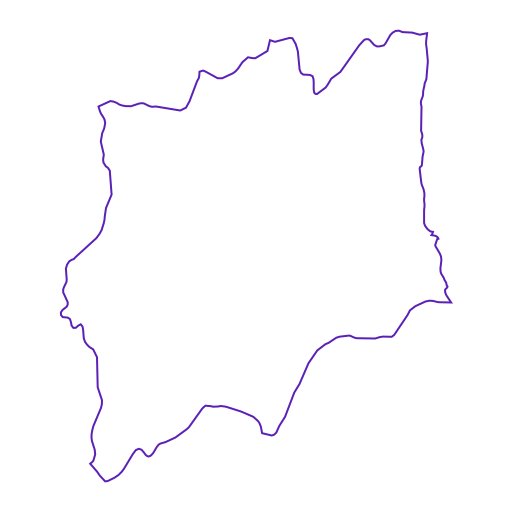 the border of Huíla
{"feature_id": "AGO-1891", "entity_name": "Huíla", "entity_type": "Province", "adm_level": 1, "iso_a3": "AGO", "parent_name": "Angola", "parent_adm1": "", "projection": "equal_earth", "projection_center": [15.141, -14.853], "detail": "fine", "context": "isolated", "style": "outline", "palette": "violet", "viewbox_px": 512, "rotation_deg": 0, "n_neighbors": 0, "source": "natural_earth", "source_scale": "10m", "svg_char_len": 3756}
<svg xmlns="http://www.w3.org/2000/svg" viewBox="0 0 512 512"><path d="M427.1,33.2L426.1,41.5L426.1,44.5L426.6,47.8L427.8,60.6L427.8,62.1L426.4,78.8L426.2,79.6L424.8,83.1L424.6,83.9L424.3,86.3L423.9,87.7L423.1,91.8L423.1,94.4L422.8,95.9L422.6,96.8L421.6,99.2L421.1,100.9L420.9,102.1L420.9,103.2L421.0,104.1L421.3,105.7L421.5,106.4L421.1,130.8L422.2,134.2L422.3,135.3L422.3,137.1L422.1,138.1L421.4,139.6L421.5,141.1L421.7,143.1L423.3,149.5L423.6,151.2L423.4,152.8L422.6,156.4L421.9,165.0L421.7,165.6L421.5,166.0L421.2,166.3L420.7,166.6L420.2,166.9L419.9,167.5L419.7,168.4L419.7,169.3L421.3,182.7L421.8,184.8L423.6,189.4L424.4,193.2L424.4,195.3L424.4,196.6L424.2,197.6L424.1,198.9L424.1,200.7L424.5,204.1L424.5,206.7L424.3,208.0L424.1,210.2L424.1,222.7L424.1,223.0L424.5,224.3L425.2,226.0L427.5,229.1L430.2,231.3L433.0,231.9L432.1,234.3L431.5,235.1L435.0,235.7L436.0,236.1L437.1,236.8L438.1,237.8L438.4,238.8L437.2,239.1L436.0,242.8L435.6,243.8L435.2,245.1L435.6,246.4L439.8,253.5L441.0,256.5L441.4,260.1L440.4,268.4L440.6,271.8L441.3,273.9L443.8,277.9L444.3,279.5L444.7,280.2L445.4,281.4L446.2,282.8L446.7,285.5L447.0,285.9L447.3,286.1L447.5,286.6L447.1,287.6L445.4,289.3L445.0,290.2L445.3,292.7L446.3,295.2L451.1,302.5L438.3,302.2L432.9,300.9L429.5,300.7L425.5,301.5L415.5,306.1L410.0,310.3L407.5,315.1L394.2,334.9L391.7,336.8L383.2,336.6L379.7,337.1L375.2,338.5L356.3,338.2L353.8,337.4L350.1,335.7L348.7,335.6L339.5,336.7L336.3,337.7L328.5,342.9L325.4,344.2L317.3,350.4L308.5,363.2L299.5,384.0L294.3,392.5L285.1,416.7L279.3,425.9L276.3,432.6L274.1,434.7L271.8,435.5L262.1,433.2L260.9,426.8L259.6,423.4L258.1,421.1L253.3,416.8L241.0,411.5L225.9,406.7L220.8,406.0L218.1,406.5L213.0,406.7L210.4,406.1L205.5,405.7L203.4,407.4L202.0,408.9L189.0,427.1L186.9,429.1L175.4,437.5L165.5,442.1L160.3,443.6L158.6,444.7L156.7,447.1L153.1,453.2L150.8,455.6L148.7,456.5L147.2,456.1L145.5,454.7L143.7,452.2L141.5,449.7L138.8,448.8L135.8,450.1L132.7,454.3L124.0,468.7L121.6,471.9L118.5,475.0L114.3,477.8L107.6,481.1L105.1,481.3L99.8,475.6L97.2,471.8L90.2,463.7L92.3,462.0L92.7,461.5L93.4,460.6L95.2,454.4L94.7,449.7L91.9,440.8L91.5,437.5L91.6,434.1L92.4,429.7L93.4,426.0L101.0,407.9L101.9,404.1L102.0,400.2L97.7,387.3L97.0,357.2L93.2,349.4L89.4,347.0L87.1,344.7L85.1,342.0L83.8,338.4L83.1,329.5L82.5,326.5L80.7,324.3L78.3,325.6L75.8,327.8L73.4,327.9L71.6,325.6L71.0,322.3L69.9,319.0L67.7,317.6L62.7,317.1L61.0,315.0L60.9,312.4L62.6,309.9L66.7,306.7L67.7,304.6L67.7,302.2L63.2,292.4L63.2,289.4L63.9,287.3L66.5,281.9L66.7,279.4L65.9,268.6L67.1,264.6L69.2,261.4L71.7,259.8L73.7,259.1L76.0,256.7L96.4,238.1L99.5,233.9L101.6,230.1L103.8,223.1L104.5,219.7L104.8,216.2L106.0,208.0L111.6,194.6L109.8,170.7L107.9,167.8L105.8,166.3L103.5,162.6L103.1,159.7L103.8,154.6L100.8,141.6L102.2,133.2L104.0,128.9L104.5,126.9L105.2,122.9L104.5,119.5L102.9,116.5L101.1,113.9L100.0,111.4L98.5,106.5L110.3,101.1L113.1,101.5L116.6,102.8L119.2,104.5L122.2,105.5L125.7,106.1L131.0,106.2L139.3,103.5L142.0,103.2L143.8,103.4L149.3,106.1L152.0,106.8L155.9,106.5L180.2,110.5L186.0,107.7L189.5,101.3L197.1,81.1L198.8,78.1L199.3,75.6L199.5,71.7L202.9,70.6L204.4,71.0L208.7,73.3L217.6,78.2L222.1,78.3L232.9,73.3L235.5,71.4L238.1,68.5L242.4,62.2L248.0,57.3L252.9,58.2L255.3,58.2L267.4,51.0L270.0,40.2L275.0,41.8L289.3,38.0L292.4,38.2L295.6,43.8L297.0,48.1L297.9,51.7L299.6,69.6L301.0,72.9L303.2,74.6L308.3,74.8L310.6,75.2L312.6,76.3L313.5,79.2L313.7,82.4L313.7,89.7L314.2,92.6L315.3,93.8L316.9,94.1L325.7,87.5L327.6,84.8L331.3,78.6L340.4,71.9L359.3,45.2L364.3,39.8L366.1,39.2L368.3,39.2L369.9,40.2L374.2,45.0L376.9,46.4L379.4,46.4L383.8,45.4L385.4,43.6L390.4,34.9L392.7,32.6L395.7,30.9L399.0,30.7L402.5,32.1L412.2,32.6L416.5,33.8L419.8,34.7L427.1,33.2Z" fill="none" stroke="#5b21b6" stroke-width="2"/></svg>